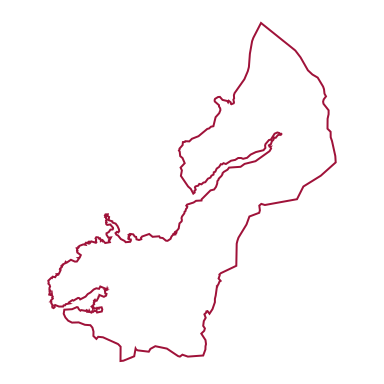 Etne nor, Hordaland, Norway
{"feature_id": "86288312B21434642963", "entity_name": "Etne nor", "entity_type": "district", "adm_level": 2, "iso_a3": "NOR", "parent_name": "Norway", "parent_adm1": "Hordaland", "projection": "mercator", "projection_center": [6.058, 59.799], "detail": "fine", "context": "isolated", "style": "outline", "palette": "rose", "viewbox_px": 384, "rotation_deg": 0, "n_neighbors": 0, "source": "geoboundaries", "source_scale": "gbopen_adm2", "svg_char_len": 5945}
<svg xmlns="http://www.w3.org/2000/svg" viewBox="0 0 384 384"><path d="M335.7,162.4L335.3,156.0L332.0,141.0L330.7,137.3L330.6,131.8L327.5,128.7L327.6,118.7L328.6,114.2L328.6,110.3L323.5,103.8L323.1,101.7L323.7,99.4L326.0,96.4L324.5,93.7L324.0,89.2L323.1,86.6L317.7,77.6L312.4,74.5L307.9,70.3L300.5,57.3L295.3,50.5L261.0,23.0L253.4,37.7L252.1,41.2L249.9,53.7L248.9,67.0L247.8,71.2L244.4,79.2L234.6,93.1L233.9,95.2L234.1,98.4L233.4,99.7L234.0,102.3L233.7,103.3L231.4,104.2L230.9,103.8L230.7,102.4L228.8,100.8L228.1,102.3L227.3,101.0L222.5,99.9L219.9,96.9L218.1,97.0L215.1,98.8L214.6,100.1L214.8,101.5L219.0,105.2L219.0,106.4L220.2,108.4L220.4,110.1L219.2,113.2L215.6,117.2L213.4,126.2L211.0,126.7L209.0,128.5L207.3,128.9L198.5,136.2L191.9,138.8L189.3,141.4L185.3,141.2L184.9,141.9L182.9,142.1L182.6,145.1L179.5,148.6L179.6,149.4L178.9,150.5L179.7,151.6L180.2,156.1L182.5,158.0L184.7,163.2L180.6,167.6L181.9,170.4L180.9,175.9L188.1,186.5L190.8,188.9L193.3,193.6L194.7,192.5L194.5,190.7L195.7,189.7L194.9,187.3L195.5,186.4L198.3,185.6L199.3,183.9L201.5,184.3L203.4,182.6L205.3,182.2L207.9,178.7L210.4,177.6L211.4,175.7L213.5,174.6L213.8,172.3L215.3,171.7L216.7,168.6L219.1,166.9L220.8,164.2L222.0,164.4L223.5,163.2L225.9,164.0L231.1,160.7L235.2,159.9L238.2,158.0L241.1,158.0L243.1,158.8L247.1,157.8L250.6,154.6L255.8,152.1L263.5,150.2L265.4,147.9L265.1,145.5L265.5,144.1L269.0,140.0L270.8,139.7L274.6,133.7L277.3,132.5L279.4,133.1L280.5,134.6L281.3,133.7L281.8,133.4L281.1,134.6L280.0,134.6L279.4,134.0L279.4,134.8L277.8,135.2L275.7,137.8L274.3,137.6L273.3,139.9L271.8,141.4L271.0,144.0L268.9,145.3L269.5,146.6L270.6,146.6L270.3,146.9L271.1,148.5L269.5,151.2L255.5,161.2L244.6,163.9L240.6,166.8L229.1,167.6L227.5,169.7L223.8,171.9L222.5,173.3L222.4,174.4L221.4,176.0L218.7,178.7L218.6,179.6L217.4,181.1L217.2,183.6L216.0,186.9L214.1,189.5L210.5,190.4L201.7,199.2L201.5,200.5L196.1,200.8L193.6,202.5L187.1,204.6L186.3,205.7L187.3,206.7L187.0,207.8L186.0,209.0L185.4,211.2L184.6,211.7L184.3,213.4L182.0,216.5L181.5,218.1L181.9,220.0L181.6,221.4L179.5,223.4L178.7,228.5L176.6,231.1L176.4,232.8L176.0,233.4L175.6,232.8L175.8,231.5L175.0,232.0L174.9,232.8L173.5,233.9L174.3,234.6L173.0,234.8L171.5,236.5L170.5,238.9L167.6,240.8L166.0,240.7L162.7,238.0L160.1,237.7L159.2,236.3L152.6,236.8L149.2,234.0L142.1,236.5L141.0,237.8L141.3,239.2L139.0,240.0L136.5,239.3L136.1,236.9L134.7,236.5L133.3,234.4L130.8,234.0L130.4,234.8L129.7,234.1L128.6,234.9L129.2,235.5L129.1,236.9L127.9,236.3L128.7,237.0L128.5,238.0L129.1,238.9L127.7,238.2L128.9,239.3L130.8,239.5L130.9,240.3L130.2,241.8L125.7,242.2L124.5,240.9L120.8,239.0L118.1,235.6L116.4,234.7L115.5,233.1L117.0,231.8L118.3,232.4L119.2,231.1L118.9,229.2L117.5,226.1L115.6,223.6L112.5,222.5L112.3,221.3L108.6,220.2L109.1,217.0L107.5,216.1L107.8,214.3L105.5,214.4L104.9,215.5L105.6,216.0L105.1,217.0L106.0,217.4L106.0,218.4L106.9,219.4L106.0,220.6L106.6,222.3L106.0,222.5L106.3,224.2L107.2,224.9L110.3,224.5L113.0,227.7L113.1,228.7L112.6,229.5L110.5,229.6L108.7,232.1L106.5,233.3L106.5,234.7L108.4,237.7L111.0,237.4L109.7,239.9L109.2,240.4L109.5,239.2L108.8,240.2L109.8,242.2L105.2,243.0L102.5,240.1L102.1,240.4L102.5,240.5L102.3,241.0L101.5,240.2L100.8,240.8L100.7,239.4L99.9,238.2L99.4,238.4L99.8,239.5L98.2,237.4L96.3,237.2L95.5,238.4L96.2,239.7L95.8,241.1L96.4,242.2L95.9,242.8L91.3,241.4L90.1,242.8L89.8,241.7L88.9,241.6L88.2,242.1L88.2,243.4L86.0,242.7L85.1,243.8L85.6,244.8L83.3,244.4L79.9,245.7L78.4,246.7L78.7,247.4L78.1,248.0L76.7,248.2L77.5,250.6L77.0,250.8L77.3,252.5L80.8,255.1L79.7,257.6L78.4,257.9L79.1,258.3L76.9,261.5L74.9,261.6L70.9,259.8L66.6,262.7L65.7,261.9L65.1,263.3L62.9,264.4L62.9,265.0L62.1,265.3L62.1,266.1L61.4,266.2L61.7,267.3L60.1,268.6L60.5,269.4L60.0,269.8L60.5,270.4L58.9,273.8L56.9,274.1L57.6,274.9L56.3,275.3L55.2,277.2L52.7,276.7L52.0,278.0L51.4,277.7L48.3,280.7L48.7,282.6L48.4,283.7L49.5,284.8L50.1,286.6L49.5,287.7L49.4,289.4L50.6,290.9L49.5,291.2L49.8,292.5L49.2,294.6L50.9,295.1L51.8,293.4L52.0,295.4L52.8,296.8L52.2,297.7L52.8,298.6L50.9,300.5L51.2,301.5L50.9,301.7L51.3,301.8L51.3,303.4L52.6,305.0L52.2,306.0L52.4,307.5L53.6,308.1L54.7,307.1L54.4,305.8L55.1,305.0L58.9,306.5L63.1,306.5L63.6,305.4L65.1,305.3L65.7,304.2L69.3,303.5L68.8,303.3L68.8,302.5L72.4,300.1L73.5,300.6L78.1,297.9L79.4,298.2L80.2,299.4L85.6,296.6L87.7,294.1L90.6,292.4L93.7,289.5L96.3,288.3L99.1,288.8L100.3,286.5L106.3,289.0L105.5,288.9L105.2,289.1L106.1,289.3L105.8,289.4L107.1,288.9L106.9,289.7L107.1,289.0L107.3,289.7L104.9,290.8L105.3,293.5L106.5,293.9L106.1,295.6L103.9,296.8L99.5,295.0L99.5,295.6L98.6,296.4L98.6,297.2L96.7,300.7L95.5,300.9L94.9,299.8L93.9,300.8L94.4,302.3L93.7,303.0L94.2,304.2L91.6,306.6L92.6,307.5L92.9,308.7L93.6,307.4L94.3,308.5L96.2,308.3L96.8,309.3L97.3,307.9L98.8,308.6L99.1,307.6L101.6,307.3L102.3,309.4L101.8,311.5L97.1,312.5L96.7,311.4L94.4,310.8L93.1,311.9L92.1,311.4L91.5,312.6L89.9,312.0L89.2,310.6L88.7,311.9L87.3,311.8L87.5,311.1L86.7,310.1L85.6,310.9L81.4,310.1L80.4,310.7L78.9,309.3L77.8,307.3L76.9,307.1L72.1,309.2L64.3,309.7L63.7,313.8L65.4,317.5L68.2,320.7L72.0,322.6L78.7,322.4L84.9,324.8L90.4,325.2L92.4,327.6L93.5,331.6L93.4,336.0L96.4,338.9L98.2,336.8L103.0,337.3L118.1,344.1L120.6,346.7L120.5,361.0L123.4,360.7L134.2,356.3L135.6,348.5L136.3,349.7L137.9,350.4L148.8,351.7L150.4,348.9L155.3,346.2L166.9,348.6L178.1,356.1L179.9,356.6L182.4,354.7L187.9,356.6L203.2,355.5L205.4,349.5L205.5,346.2L206.0,344.1L205.5,340.1L201.3,333.6L204.2,330.8L204.9,328.4L203.2,325.9L203.8,321.1L205.7,317.8L204.4,314.3L206.2,312.6L206.4,311.4L207.5,311.1L209.5,313.7L212.5,309.1L214.9,302.2L214.9,298.9L215.7,295.5L216.8,287.6L217.3,286.7L216.9,286.1L218.2,284.7L219.5,281.6L220.6,280.9L218.6,278.5L219.7,275.4L219.4,274.5L220.8,273.2L236.3,265.8L236.7,243.7L237.4,240.8L238.5,237.6L246.5,224.5L249.4,216.5L259.2,212.8L259.9,210.3L259.3,205.6L261.3,203.9L264.9,205.0L297.0,199.2L303.4,186.5L320.8,175.7L335.7,162.4Z" fill="none" stroke="#9f1239" stroke-width="2"/></svg>